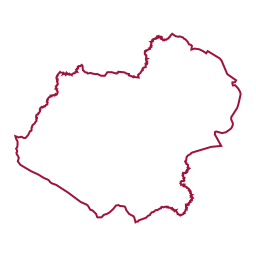 the district of Waritchaphum, Sakon Nakhon, Thailand
{"feature_id": "78962969B22667703415616", "entity_name": "Waritchaphum", "entity_type": "district", "adm_level": 2, "iso_a3": "THA", "parent_name": "Thailand", "parent_adm1": "Sakon Nakhon", "projection": "albers", "projection_center": [103.61, 17.26], "detail": "fine", "context": "isolated", "style": "outline", "palette": "rose", "viewbox_px": 256, "rotation_deg": 0, "n_neighbors": 0, "source": "geoboundaries", "source_scale": "gbopen_adm2", "svg_char_len": 5724}
<svg xmlns="http://www.w3.org/2000/svg" viewBox="0 0 256 256"><path d="M221.2,145.9L214.9,134.5L214.9,132.4L215.1,131.9L216.2,131.5L222.1,133.1L226.0,132.2L230.6,128.9L231.5,127.9L232.7,125.4L232.9,123.4L231.2,119.4L231.3,117.1L237.2,107.9L238.4,104.2L240.6,94.4L240.2,92.1L238.2,88.5L235.1,85.2L233.0,85.5L232.4,83.9L232.4,82.4L235.0,82.2L236.1,80.3L228.0,74.7L227.1,73.8L221.5,60.5L219.7,58.4L207.7,51.1L206.2,53.3L203.2,51.2L199.3,49.3L194.6,48.6L191.4,49.6L191.9,45.8L190.8,44.8L189.0,44.4L187.8,42.0L185.4,39.3L184.0,38.7L183.0,37.5L180.7,36.7L179.3,36.4L178.7,36.8L175.6,36.2L172.2,33.8L171.6,34.7L170.6,35.2L170.0,36.7L169.0,37.3L168.5,38.5L167.5,38.6L166.5,39.7L164.8,39.5L164.7,40.1L164.1,40.4L163.1,40.3L162.3,38.6L161.3,39.1L160.8,38.6L161.5,37.8L161.6,36.8L160.5,36.7L160.4,37.1L160.0,36.8L159.6,37.2L158.9,36.5L158.4,36.7L158.4,36.0L157.2,36.3L157.7,37.3L157.0,37.4L157.2,37.9L156.8,37.8L156.4,38.5L155.8,38.3L155.8,38.7L155.0,39.0L154.3,38.8L153.1,39.3L153.1,40.2L152.6,39.7L152.1,40.1L151.9,41.7L151.1,41.8L151.4,42.0L151.0,42.4L151.5,43.4L150.9,44.7L151.5,45.5L150.9,45.9L151.4,46.8L150.4,47.2L150.5,47.5L150.0,47.8L150.0,48.5L149.5,48.5L149.8,49.0L146.4,50.3L146.5,50.8L146.1,51.1L145.8,50.6L144.9,51.1L145.0,52.5L144.7,52.9L145.0,54.5L145.9,54.8L146.4,55.4L146.1,56.4L146.5,57.2L145.9,58.4L146.0,58.8L147.0,58.9L146.0,59.5L146.3,61.0L147.0,61.3L146.6,61.7L147.1,62.4L146.6,62.8L147.1,62.8L147.2,63.2L146.4,63.3L146.8,64.2L145.6,64.9L145.7,67.2L143.3,67.7L142.7,68.8L142.8,69.7L142.3,69.6L142.3,70.4L141.2,71.4L140.5,73.0L139.1,73.8L138.6,74.8L138.1,75.0L138.7,77.5L134.8,77.1L133.9,76.3L133.2,77.2L131.5,76.1L128.8,75.4L129.0,74.0L126.3,73.5L124.5,72.4L120.1,71.9L118.3,71.8L118.0,72.7L117.3,72.7L116.7,73.6L111.6,72.2L107.4,72.2L104.8,75.8L100.9,75.7L97.2,73.9L96.0,74.2L91.7,73.4L90.9,72.9L87.7,73.5L87.0,72.6L85.3,72.3L82.9,70.1L82.5,65.8L81.7,64.9L80.2,66.2L78.9,66.0L78.0,66.6L78.4,67.0L77.7,67.9L78.0,68.5L77.0,68.8L77.1,69.1L76.3,69.7L76.7,70.0L76.4,70.8L76.8,71.2L76.0,71.6L76.4,71.9L75.6,71.9L75.4,72.7L74.5,73.3L73.6,73.2L71.7,74.5L71.7,75.1L69.9,74.1L69.4,74.5L69.2,73.8L68.2,74.2L67.3,73.4L67.4,73.9L66.7,74.4L65.8,73.7L65.5,74.4L65.2,73.8L64.8,74.0L64.4,73.6L63.5,74.0L63.8,73.6L63.5,72.9L63.0,73.3L62.8,72.8L60.4,72.5L60.0,72.0L58.0,74.4L57.8,75.3L57.5,75.8L57.2,75.6L56.8,76.4L57.1,76.7L56.4,77.6L56.7,79.0L57.7,79.2L57.6,80.5L57.1,80.7L57.4,81.7L57.1,81.9L57.9,83.8L57.2,85.2L56.7,85.2L56.1,86.2L56.4,86.2L56.0,88.4L56.3,88.6L56.0,88.8L56.7,89.0L56.4,89.3L56.7,90.3L57.5,91.0L57.3,91.5L57.7,92.4L56.8,94.5L56.2,94.8L55.5,94.1L54.6,95.6L53.4,95.1L52.4,95.3L52.3,95.6L50.7,95.6L51.0,96.3L50.4,96.3L49.9,97.1L49.1,97.2L48.3,98.0L47.8,99.5L47.4,99.4L47.0,100.0L47.5,100.7L47.2,101.3L47.5,102.2L47.1,102.3L47.5,102.8L47.3,104.5L46.1,104.8L44.8,106.6L44.5,106.6L44.6,106.1L44.0,106.2L43.5,106.9L42.9,106.9L42.7,107.3L42.0,107.0L41.8,107.4L41.4,107.2L40.5,107.8L39.9,109.1L40.2,109.3L39.8,109.8L40.2,110.6L39.7,111.9L38.5,113.0L38.7,113.4L38.2,114.2L37.9,114.5L37.4,114.3L36.3,115.2L36.0,117.3L36.5,117.9L37.0,117.8L36.8,118.9L36.2,119.3L36.5,121.0L35.4,122.0L34.7,123.4L32.7,125.0L32.1,126.0L32.1,127.0L31.5,127.9L31.6,130.1L31.2,130.8L30.0,131.2L28.1,135.1L25.8,137.7L25.1,138.0L23.5,137.9L21.7,136.8L18.4,137.4L15.4,136.2L16.0,138.6L17.3,140.9L17.6,142.2L17.5,145.5L17.1,147.4L16.1,148.6L17.2,150.8L17.1,151.8L16.5,152.4L16.7,154.2L17.8,155.7L18.8,158.0L17.8,161.3L20.3,164.8L31.1,171.2L38.1,174.4L44.1,178.1L48.0,179.7L49.3,180.8L50.0,182.1L52.0,183.4L56.2,184.9L68.1,192.6L80.7,202.0L86.8,204.7L88.0,205.8L90.3,209.8L92.4,210.3L96.1,213.9L97.1,217.0L97.6,217.4L101.5,217.3L103.8,214.9L107.4,213.7L109.9,212.1L113.3,208.9L116.0,205.5L118.5,205.1L120.0,206.0L123.7,206.3L125.1,206.9L126.3,210.2L129.2,214.0L133.6,216.3L134.4,217.9L135.5,222.2L136.3,221.6L137.9,221.6L138.9,220.3L146.0,217.8L147.9,215.9L150.1,214.9L150.3,214.0L152.0,212.2L153.5,212.0L155.6,210.2L157.8,209.9L159.5,208.7L161.0,208.3L161.2,207.2L162.2,206.8L163.6,207.4L164.6,206.9L166.5,206.6L167.0,206.8L167.0,207.4L167.6,207.4L168.0,206.9L168.7,207.7L169.8,207.6L170.9,208.4L172.0,208.0L172.2,209.3L173.1,209.2L173.1,209.6L173.7,209.8L173.7,210.3L174.3,210.3L174.5,210.7L174.8,210.1L175.5,210.4L176.1,210.2L175.8,210.7L177.4,212.9L177.6,214.1L178.2,214.0L180.2,215.5L181.0,214.7L181.4,214.9L183.3,214.2L183.6,213.0L184.7,213.1L184.7,212.7L185.1,212.8L184.7,212.5L184.7,211.8L185.5,210.8L185.6,209.5L186.2,208.8L186.5,209.0L186.4,208.3L186.8,208.5L187.0,207.7L186.0,207.4L185.9,205.1L186.5,205.5L186.6,205.1L187.7,205.0L187.6,204.5L188.2,204.8L188.4,204.1L188.8,204.3L188.9,202.8L190.0,202.4L189.6,202.1L190.0,201.0L191.9,200.5L192.0,199.2L191.5,199.1L192.3,198.0L192.8,197.9L191.7,196.4L190.8,196.7L191.0,195.9L190.7,195.5L191.8,194.9L191.4,194.8L191.0,193.3L190.7,193.6L190.3,193.3L190.6,191.9L190.1,192.0L189.9,191.0L189.6,190.9L190.0,190.5L189.7,190.0L188.8,189.8L189.0,189.2L188.7,188.6L187.2,188.0L187.0,187.5L186.6,187.6L186.2,186.9L185.0,186.2L184.5,186.5L183.5,186.2L184.1,185.1L183.4,185.3L183.4,184.6L182.9,184.9L181.8,184.5L181.2,184.8L181.2,184.2L180.4,183.5L180.8,182.6L180.6,182.0L181.5,181.0L184.5,181.2L184.1,181.1L184.4,180.7L183.9,179.5L184.2,178.7L183.6,178.5L184.3,177.6L183.5,177.2L182.6,175.7L183.1,175.4L182.7,173.6L183.0,173.0L183.5,173.5L184.1,173.4L184.4,172.9L185.7,173.0L185.9,172.4L186.5,172.6L187.2,171.8L186.5,171.1L186.2,171.4L186.3,171.0L186.6,170.5L186.8,170.8L187.6,170.6L187.6,169.8L189.2,168.5L188.2,168.1L188.4,167.8L188.0,167.6L188.3,167.4L187.9,166.2L187.9,164.7L186.5,164.2L186.0,163.2L186.3,162.9L185.6,162.4L185.8,161.9L185.2,161.3L186.2,160.3L186.6,157.0L188.0,155.4L190.6,154.0L191.3,153.0L192.3,152.5L211.0,146.9L221.2,145.9Z" fill="none" stroke="#9f1239" stroke-width="2"/></svg>